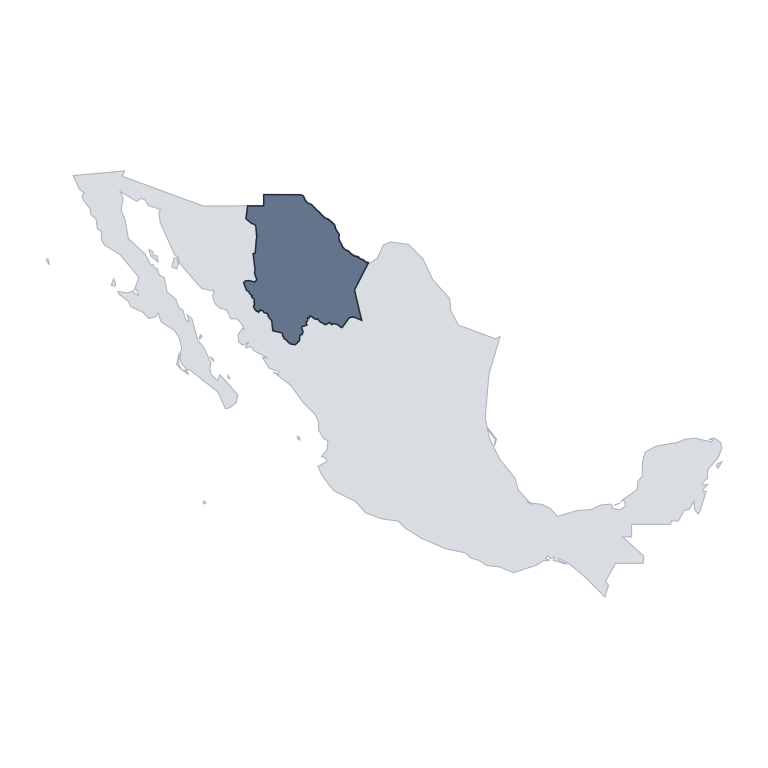 Chihuahua on a map of Mexico (Mercator projection)
{"feature_id": "MEX-2709", "entity_name": "Chihuahua", "entity_type": "State", "adm_level": 1, "iso_a3": "MEX", "parent_name": "Mexico", "parent_adm1": "", "projection": "mercator", "projection_center": [-106.749, 28.699], "detail": "fine", "context": "in_parent", "style": "filled", "palette": "slate", "viewbox_px": 768, "rotation_deg": 0, "n_neighbors": 0, "source": "natural_earth", "source_scale": "10m", "svg_char_len": 9600}
<svg xmlns="http://www.w3.org/2000/svg" viewBox="0 0 768 768"><path d="M73.2,175.5L124.6,170.9L122.2,176.2L203.3,206.0L263.7,205.8L263.7,194.6L301.3,194.8L307.8,202.8L334.1,224.4L340.4,242.5L345.1,249.4L369.6,263.4L377.4,258.1L383.3,245.0L390.7,242.0L408.4,244.4L423.0,258.9L432.8,279.8L449.7,298.6L450.8,310.4L458.2,325.0L495.2,338.7L500.1,336.6L489.0,373.7L485.2,417.5L486.9,426.8L496.5,439.3L494.5,445.9L495.0,439.2L487.1,428.6L489.6,438.3L499.3,458.7L514.9,478.0L518.4,489.9L529.3,502.1L526.3,501.7L532.6,504.6L530.6,502.9L542.1,504.4L550.3,508.6L557.5,516.4L576.9,510.5L591.2,509.6L600.6,505.0L610.6,504.1L612.6,505.8L611.9,508.3L620.0,509.9L625.5,506.1L624.1,499.9L621.4,501.4L622.1,500.2L637.0,489.7L638.0,481.1L642.3,476.2L642.4,462.3L645.2,452.0L656.6,445.9L676.7,442.7L685.5,439.1L695.4,438.3L711.5,441.9L712.8,439.7L708.6,439.5L714.1,437.9L720.6,442.5L721.7,448.7L718.4,457.1L707.9,469.7L707.4,478.1L702.2,483.2L703.1,485.1L707.8,484.5L702.8,489.7L702.9,491.8L706.2,491.2L699.7,512.2L698.0,514.0L694.7,509.3L693.9,501.4L689.2,509.6L684.3,510.2L678.3,521.0L671.3,520.8L670.7,524.3L631.6,524.3L631.6,536.9L622.7,536.9L643.9,556.2L643.2,563.3L615.7,563.3L605.7,581.0L608.5,585.4L605.0,597.1L585.1,577.1L569.1,563.7L559.3,558.5L558.2,559.8L567.3,564.4L553.2,560.4L554.1,557.1L550.4,558.5L548.1,555.6L545.5,558.7L550.2,560.2L543.1,560.9L536.0,565.4L513.7,572.6L499.3,566.9L487.1,565.6L478.9,560.3L470.8,558.1L465.6,553.0L445.8,548.8L421.0,538.1L405.0,528.0L398.2,521.1L381.5,518.8L365.6,512.9L355.6,501.5L333.7,490.7L322.0,475.5L318.0,466.2L326.8,461.8L325.4,457.8L321.4,456.6L327.3,449.5L327.9,440.9L323.1,438.0L318.5,429.5L318.5,421.7L315.4,414.7L302.4,401.6L291.0,385.6L273.3,371.8L278.4,374.4L278.7,371.4L269.3,368.4L262.3,357.4L267.2,357.8L253.4,350.3L251.4,346.6L246.3,348.0L245.4,346.3L249.3,342.0L242.7,345.3L238.7,342.1L237.8,334.9L242.6,328.4L244.4,329.7L241.0,322.9L236.6,318.7L230.8,318.9L226.7,309.9L219.6,307.9L215.3,304.0L212.4,296.1L214.2,291.0L201.6,288.5L179.3,262.9L178.0,256.8L174.7,254.9L160.2,222.7L158.9,212.9L160.4,209.6L148.1,205.4L145.2,200.1L141.2,198.3L136.9,201.4L120.1,191.5L123.2,197.9L121.2,210.2L125.1,219.9L128.3,238.3L145.3,254.4L150.8,265.2L153.3,264.7L154.6,268.0L157.0,268.3L159.4,275.3L164.2,277.4L167.1,291.9L175.8,299.2L178.7,307.3L182.7,309.9L185.7,319.5L189.2,321.8L187.2,314.7L192.0,318.8L197.9,340.7L203.4,346.9L210.9,362.5L209.8,369.0L211.4,374.8L217.7,380.5L219.9,374.7L237.9,394.9L236.3,402.4L229.3,407.9L225.4,408.6L217.8,392.0L189.6,369.8L187.0,370.1L181.3,363.1L180.1,358.3L181.6,347.8L179.1,337.7L174.7,330.6L161.0,321.8L158.1,313.1L155.6,316.8L148.7,318.5L143.5,312.6L130.6,306.6L128.5,301.4L118.9,294.1L117.9,291.5L127.9,292.9L133.7,290.8L133.6,293.1L138.6,295.5L136.7,289.7L134.4,289.3L139.0,277.4L120.1,254.8L104.3,244.9L101.4,239.8L101.3,231.4L97.4,228.6L96.0,218.9L91.0,214.8L90.2,209.0L83.2,199.9L81.9,195.7L84.1,192.8L79.2,189.1L73.2,175.5ZM178.5,263.3L176.9,269.0L171.8,267.1L173.8,258.4L176.7,257.5L178.5,263.3ZM158.1,262.1L150.8,255.9L148.9,249.4L152.6,251.5L153.5,255.1L157.1,256.0L158.1,262.1ZM718.2,468.1L716.4,466.3L717.3,463.8L721.9,461.8L718.2,468.1ZM181.6,370.0L176.5,364.3L179.4,352.6L178.6,363.1L181.6,370.0ZM115.1,286.0L111.2,285.2L113.7,278.8L115.5,283.5L115.1,286.0ZM49.4,264.8L46.1,260.7L46.8,258.8L48.0,258.9L49.4,264.8ZM185.9,370.2L188.9,374.7L182.5,370.3L185.9,370.2ZM300.2,438.2L299.6,440.1L298.0,439.3L297.3,436.2L300.2,438.2ZM212.8,358.3L214.0,361.9L210.6,357.4L212.8,358.3ZM200.3,334.7L202.1,336.3L199.4,339.6L200.3,334.7ZM206.0,503.5L204.7,504.0L202.8,502.6L204.4,500.8L206.0,503.5ZM617.4,504.2L614.0,505.0L619.9,503.1L617.4,504.2ZM229.9,378.5L228.1,378.1L227.9,374.7L229.9,378.5Z" fill="#d9dde1" stroke="#a8b0b8" stroke-width="1"/><path d="M263.7,194.6L299.9,194.7L300.2,194.8L300.4,195.1L300.9,195.2L301.8,195.1L302.6,195.4L303.3,196.1L303.9,197.0L304.3,197.8L304.9,199.6L305.1,200.0L306.0,201.1L306.2,201.5L306.3,201.7L306.3,201.9L306.4,202.0L306.5,202.1L307.2,202.6L307.5,202.9L308.0,203.1L308.9,203.4L309.6,203.8L310.0,204.0L310.5,204.0L310.9,204.2L311.8,204.8L312.1,205.0L312.2,205.3L312.4,205.7L312.5,205.9L312.9,206.2L313.2,206.3L313.5,206.6L313.9,206.9L315.6,208.8L315.7,209.3L315.9,209.6L317.6,210.6L317.9,210.8L318.1,210.9L318.6,211.5L319.0,211.8L319.4,212.0L319.7,212.3L320.0,212.8L320.3,213.7L320.5,214.0L321.0,214.3L321.7,215.1L323.5,216.5L324.3,217.6L324.6,217.8L325.2,218.0L326.4,218.6L326.6,218.7L326.7,218.8L326.8,219.0L327.0,219.1L327.4,218.8L327.7,218.9L327.8,218.9L328.0,219.0L328.2,219.3L328.4,219.4L328.6,219.4L328.8,219.5L328.9,219.9L329.0,219.9L329.1,220.0L329.3,220.3L329.5,220.1L330.5,221.3L330.9,221.5L331.3,221.5L331.7,221.8L332.2,222.1L332.4,222.5L332.5,222.7L332.5,223.0L332.6,223.3L332.7,223.5L332.9,223.6L333.6,223.7L333.7,223.8L333.9,224.0L334.5,224.8L334.8,225.2L334.8,225.5L334.9,226.0L335.3,226.4L335.3,226.6L335.2,227.0L335.2,227.4L335.4,227.8L335.5,228.0L335.5,228.4L335.4,228.5L335.5,228.7L335.7,228.9L335.8,229.1L336.1,229.3L336.2,229.5L336.3,229.7L336.3,229.9L336.3,230.2L336.4,230.3L336.9,230.6L337.2,231.2L337.4,231.8L337.7,232.3L337.8,232.4L338.2,232.6L338.4,232.8L338.8,233.7L339.1,234.1L339.2,234.7L339.2,235.5L339.1,236.1L338.8,237.0L338.7,237.5L338.8,238.1L339.2,239.4L339.2,239.7L339.1,240.0L339.2,240.3L339.5,240.8L339.7,241.1L340.1,241.6L340.4,242.8L340.5,243.0L340.9,243.4L341.2,243.7L341.5,244.1L341.7,245.1L342.1,245.8L342.2,246.2L342.3,246.5L342.3,246.8L342.4,247.0L342.7,247.4L343.7,248.1L344.0,248.4L344.0,248.5L344.1,248.8L344.2,249.0L344.3,249.1L344.5,249.1L346.2,250.2L346.5,250.6L346.9,250.4L347.4,250.4L348.0,250.5L348.3,251.0L348.8,251.3L349.0,251.4L349.2,251.5L349.5,252.4L350.2,253.2L350.7,253.6L351.4,254.0L352.5,255.1L353.3,255.6L355.2,256.2L356.6,256.5L358.1,256.6L358.3,256.7L358.5,256.9L358.6,257.1L358.4,257.7L358.6,257.8L358.8,257.9L359.1,258.0L360.1,258.8L360.7,259.2L362.6,259.6L363.1,259.6L363.3,259.6L363.5,259.8L363.6,260.1L363.7,260.3L364.8,261.4L365.8,261.9L366.0,262.0L366.8,262.7L367.1,262.8L367.4,262.7L367.6,262.4L368.0,262.8L368.1,262.7L368.4,262.6L368.4,262.8L366.7,266.2L364.9,269.6L363.1,273.0L361.4,276.4L358.8,281.6L357.0,285.0L356.1,286.7L354.5,289.7L356.0,296.4L359.3,310.3L360.4,314.9L361.7,320.3L355.0,317.5L354.4,317.3L353.9,317.2L353.5,317.1L351.2,317.2L350.4,317.4L349.6,317.7L348.7,318.4L347.9,319.4L346.5,321.6L342.6,326.8L341.8,327.6L340.9,327.3L340.1,326.6L339.3,325.9L338.2,325.1L337.1,324.5L335.9,324.1L333.6,323.7L333.1,323.6L332.6,323.7L332.3,324.0L332.1,324.4L331.8,324.7L331.4,324.5L330.6,323.4L330.1,322.8L329.8,322.5L327.4,323.7L326.4,324.3L325.8,324.7L325.3,324.7L320.5,322.0L320.0,321.7L319.6,321.3L318.8,320.4L318.4,319.9L318.2,319.3L317.8,319.0L317.3,319.0L316.8,319.2L316.2,319.2L315.1,319.1L314.2,318.6L313.3,318.0L311.7,316.6L311.0,316.2L310.4,315.7L310.0,316.2L309.9,316.4L309.7,316.8L309.2,317.7L309.0,318.1L308.8,317.8L308.5,317.5L308.2,317.4L307.9,317.5L307.6,318.0L307.5,318.6L307.5,319.4L307.5,320.0L307.5,320.6L307.4,320.9L307.3,321.1L306.6,321.6L306.2,322.0L306.2,322.3L306.5,323.3L306.8,324.3L306.9,324.8L306.8,325.1L306.5,325.3L306.1,325.4L302.4,326.6L301.7,327.1L301.6,327.7L301.8,328.5L302.5,330.0L302.8,330.8L303.0,331.7L302.9,332.5L302.6,333.5L302.4,334.0L302.2,334.5L301.9,334.7L301.5,334.8L301.1,334.8L300.7,334.8L300.0,335.2L299.8,335.8L299.7,336.7L299.7,337.6L299.6,340.2L299.5,340.6L299.3,340.9L296.8,343.2L296.0,344.0L295.6,344.4L295.2,344.6L294.8,344.7L294.3,344.6L293.4,344.4L291.0,344.2L290.4,343.7L289.7,343.2L289.1,342.9L288.4,342.5L288.0,342.1L287.6,341.6L287.3,341.0L286.9,340.6L286.4,340.1L285.9,339.7L285.3,339.4L284.7,339.1L284.2,338.9L284.0,338.1L283.9,337.8L283.8,337.1L283.6,336.9L283.4,336.8L283.1,336.7L282.9,336.5L282.8,336.0L282.7,335.5L282.6,335.1L282.5,334.4L282.3,333.7L281.9,333.1L281.4,332.8L280.8,332.6L275.0,331.3L273.4,331.0L273.0,330.9L272.8,330.5L272.7,329.8L272.2,325.5L272.1,324.2L272.0,322.8L271.8,321.4L271.4,320.3L271.0,319.8L270.1,318.9L269.7,318.3L269.2,317.6L268.7,317.0L268.3,316.2L267.9,315.5L268.0,314.2L267.8,313.7L267.3,313.5L266.2,313.2L265.1,313.0L264.0,312.5L263.3,311.6L263.1,311.2L262.8,310.8L262.5,310.6L262.1,310.5L261.6,310.5L261.0,310.6L260.5,310.4L260.3,309.9L259.8,310.6L259.3,311.2L258.8,311.8L258.3,312.3L258.1,312.0L258.0,311.8L257.8,311.3L257.7,311.1L257.2,311.2L256.8,311.3L256.5,311.2L256.3,311.1L256.0,310.8L255.5,310.1L255.0,309.4L254.1,307.9L253.8,307.4L253.6,306.9L253.5,306.4L253.7,305.8L254.0,305.2L254.4,304.8L254.6,304.3L254.5,303.5L254.2,302.8L254.0,302.4L254.0,301.9L254.2,301.0L254.3,300.5L254.3,300.0L254.3,299.6L254.2,299.2L253.9,298.9L253.6,298.6L253.0,298.3L252.5,297.9L252.1,297.4L251.6,296.8L251.6,296.5L251.6,296.1L251.8,295.8L252.0,295.6L249.6,293.6L249.4,293.1L249.1,292.1L248.9,291.7L247.1,290.7L246.9,290.5L246.6,290.3L246.4,290.0L243.8,283.4L243.6,282.9L243.8,282.5L244.2,282.1L244.6,281.7L245.1,281.3L245.4,281.0L245.8,280.8L246.3,280.8L247.4,280.7L248.5,280.6L249.5,280.7L250.5,280.9L253.5,281.7L254.2,281.9L254.6,281.9L254.9,281.8L256.7,280.0L256.7,279.6L256.5,279.0L256.3,278.3L255.4,275.9L254.5,273.0L254.5,272.3L254.7,271.5L255.2,270.0L255.2,269.7L255.1,269.4L254.9,269.0L254.9,268.7L254.8,267.9L253.7,258.4L253.1,253.6L254.6,253.6L255.0,253.6L255.2,253.4L255.2,253.2L255.2,252.7L256.1,242.4L256.2,240.2L256.3,239.3L256.4,238.9L256.7,238.2L256.8,237.9L256.2,230.9L256.1,230.0L255.9,226.9L255.8,226.3L255.7,225.9L255.4,225.6L255.0,225.2L254.5,224.7L254.0,224.3L253.4,224.0L252.8,223.8L252.3,223.7L251.9,223.6L251.5,223.4L251.2,223.1L246.3,219.0L246.0,218.7L246.0,218.3L246.1,217.4L246.8,212.1L247.6,205.9L263.7,205.9L263.7,194.6Z" fill="#64748b" stroke="#1e293b" stroke-width="1.5"/></svg>